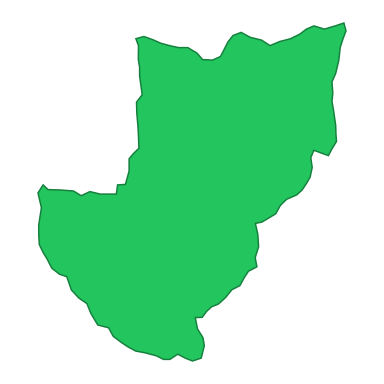 the district of Alfredo Marcondes, São Paulo, Brazil
{"feature_id": "56859067B84367605837614", "entity_name": "Alfredo Marcondes", "entity_type": "district", "adm_level": 2, "iso_a3": "BRA", "parent_name": "Brazil", "parent_adm1": "São Paulo", "projection": "natural_earth1", "projection_center": [-51.395, -21.938], "detail": "fine", "context": "isolated", "style": "filled", "palette": "green", "viewbox_px": 384, "rotation_deg": 0, "n_neighbors": 0, "source": "geoboundaries", "source_scale": "gbopen_adm2", "svg_char_len": 1548}
<svg xmlns="http://www.w3.org/2000/svg" viewBox="0 0 384 384"><path d="M201.2,358.1L204.3,345.8L203.0,337.7L197.5,328.9L195.3,317.6L202.2,317.3L206.6,311.4L211.4,306.9L218.4,304.0L225.5,297.6L231.9,289.7L239.9,285.6L244.1,277.9L248.5,271.2L256.9,266.8L255.2,257.6L258.6,246.7L257.8,234.3L255.4,223.4L261.9,222.1L275.7,213.8L280.4,205.4L286.6,199.3L296.7,194.9L302.1,190.0L306.4,183.6L310.1,177.2L312.2,167.5L310.8,157.7L313.8,150.3L328.4,155.6L331.8,149.1L336.5,141.4L335.9,133.1L335.7,125.5L333.5,110.1L332.0,101.4L332.8,93.4L332.0,81.7L335.7,73.4L338.8,60.4L340.2,47.6L343.0,38.8L346.0,30.9L343.9,23.0L334.8,26.0L324.3,29.1L313.9,25.9L306.4,29.1L300.0,34.0L290.3,38.8L279.8,41.5L270.0,45.6L261.6,40.1L250.2,37.3L241.1,32.4L233.0,35.5L227.9,42.0L224.2,49.3L220.5,56.5L212.4,60.1L202.6,59.6L197.1,53.2L187.8,47.6L178.7,47.6L169.9,45.7L160.7,43.2L153.8,40.1L143.9,36.5L135.9,38.7L138.5,45.7L138.3,59.3L139.6,67.3L139.6,76.0L140.9,85.3L142.2,94.7L136.5,102.2L136.8,113.1L137.9,125.8L138.5,136.3L138.9,148.3L133.5,153.5L129.1,158.8L129.1,171.1L125.4,184.4L117.6,184.9L116.3,194.1L107.5,194.1L100.4,194.1L89.9,191.6L81.2,195.7L73.5,191.0L60.4,190.0L48.1,189.6L43.1,184.9L38.0,192.9L41.4,207.7L38.7,225.1L38.8,236.3L39.3,244.6L43.2,252.6L47.1,259.0L51.8,268.2L59.6,274.3L66.8,276.7L71.4,290.0L78.9,298.1L86.9,303.6L91.0,313.7L97.8,325.0L108.6,327.8L113.2,336.3L121.7,342.7L128.0,346.9L135.8,351.1L144.6,352.7L156.4,355.8L163.5,359.4L169.9,359.4L177.7,354.2L185.7,358.3L192.5,361.0L201.2,358.1Z" fill="#22c55e" stroke="#15803d" stroke-width="1.5"/></svg>